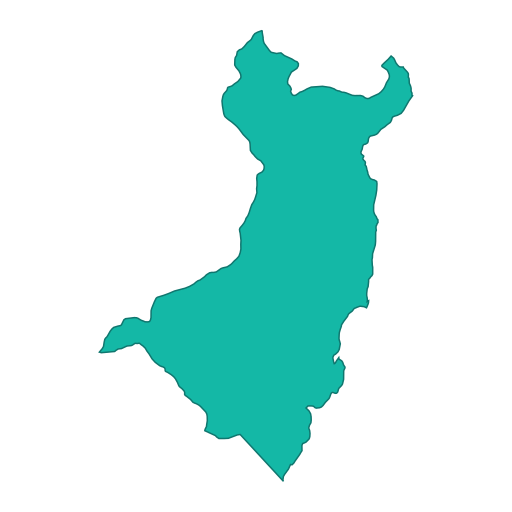 outline of Colón, Putumayo, Colombia
{"feature_id": "7082276B98098551259160", "entity_name": "Colón", "entity_type": "district", "adm_level": 2, "iso_a3": "COL", "parent_name": "Colombia", "parent_adm1": "Putumayo", "projection": "mercator", "projection_center": [-76.958, 1.225], "detail": "fine", "context": "isolated", "style": "filled", "palette": "teal", "viewbox_px": 512, "rotation_deg": 0, "n_neighbors": 0, "source": "geoboundaries", "source_scale": "gbopen_adm2", "svg_char_len": 5999}
<svg xmlns="http://www.w3.org/2000/svg" viewBox="0 0 512 512"><path d="M99.4,352.1L101.3,352.7L114.6,351.5L115.4,350.9L115.9,350.4L118.0,349.1L118.6,348.9L121.4,348.6L126.8,346.1L128.0,345.9L131.2,345.6L132.4,345.1L135.1,343.3L137.3,343.5L139.1,343.2L139.7,343.4L141.2,344.7L142.8,345.8L145.3,348.2L146.9,351.0L149.0,353.8L152.1,358.9L155.2,362.3L159.7,365.7L162.1,366.7L162.6,366.7L164.4,367.7L164.9,368.4L165.1,369.3L165.2,370.8L165.6,371.4L167.9,372.5L171.3,374.7L173.7,376.7L175.4,378.7L177.5,382.5L178.8,385.7L179.5,386.7L182.0,388.7L184.2,391.1L184.7,392.6L184.6,394.3L185.2,395.4L186.6,396.3L190.5,399.4L193.0,402.3L194.9,403.2L196.1,403.6L198.6,404.9L200.4,406.3L205.8,412.0L206.8,414.0L207.2,416.2L207.3,420.8L206.6,425.1L206.5,426.5L205.1,429.3L204.8,430.7L215.2,435.5L215.6,435.8L216.7,437.0L218.9,438.5L224.4,438.5L228.4,438.3L237.4,434.9L240.2,434.5L283.4,481.3L282.9,480.0L283.4,476.5L284.5,474.5L288.5,469.0L290.5,464.5L292.0,464.8L293.7,463.2L295.0,461.1L299.8,454.3L300.8,452.5L302.0,450.7L301.9,445.5L302.7,443.5L304.4,442.9L306.0,442.1L308.1,440.0L309.2,438.8L309.8,436.7L310.0,433.5L309.8,431.7L309.6,430.3L308.9,428.7L308.8,427.5L309.6,425.0L310.9,422.8L311.2,420.2L311.1,416.8L310.6,413.8L309.0,410.9L306.0,408.0L308.1,405.9L311.0,405.9L313.0,406.1L313.8,406.5L315.1,407.7L316.3,408.1L319.7,407.7L321.4,407.0L323.0,405.5L325.4,402.3L329.0,398.6L329.8,396.9L330.9,393.8L331.3,393.2L331.8,392.7L332.4,392.4L333.1,392.5L334.9,393.2L335.8,393.3L336.5,393.2L337.0,392.8L337.7,392.0L338.5,389.2L338.8,388.4L341.6,385.5L342.5,384.0L343.6,379.4L343.7,371.1L343.9,370.2L344.9,368.1L345.0,367.1L343.6,365.0L342.7,362.3L341.7,360.8L339.0,359.1L338.8,357.6L336.3,361.1L335.8,362.2L334.9,363.4L334.2,363.7L333.8,362.5L332.9,358.3L332.9,357.2L333.9,355.1L335.6,354.1L337.9,351.9L339.2,349.5L340.3,343.8L339.6,341.1L339.2,339.9L339.0,338.4L339.2,333.9L339.4,332.3L340.3,329.2L341.3,326.4L341.5,324.9L343.7,321.4L347.5,316.4L348.1,314.8L348.8,313.7L352.3,311.0L354.0,308.7L354.7,308.2L355.5,308.0L356.9,307.3L359.7,306.3L360.2,306.2L364.2,306.7L366.5,307.8L367.4,305.8L367.9,304.3L368.1,304.1L368.5,302.5L368.6,300.7L367.2,301.5L367.4,300.6L367.2,298.0L366.7,295.6L366.7,293.2L367.2,288.8L368.1,286.6L368.6,281.6L368.6,279.4L370.0,277.9L370.9,276.6L371.9,275.7L372.7,274.1L372.7,267.3L372.3,265.1L372.0,259.7L372.4,257.8L372.6,253.7L375.2,245.3L375.4,243.9L375.6,241.4L375.7,232.0L376.3,230.3L376.0,228.1L376.1,226.0L376.8,224.8L377.1,223.7L378.0,222.5L377.9,219.7L377.0,218.7L376.3,216.8L374.9,214.8L374.3,213.5L373.7,211.6L373.6,210.0L373.7,204.7L375.9,195.3L376.7,190.1L377.0,183.8L376.7,181.5L375.7,180.8L374.1,179.9L372.6,179.6L370.9,178.9L369.8,177.8L368.0,174.1L367.7,172.1L366.9,169.6L366.6,168.0L366.2,166.3L365.1,165.0L365.4,162.8L365.3,162.1L364.9,161.3L364.0,160.5L362.9,159.1L362.9,158.1L363.7,156.6L363.7,156.0L361.3,154.0L361.0,152.9L360.9,152.1L362.2,149.1L362.5,147.2L363.0,145.4L363.7,144.6L365.8,144.0L367.6,142.8L368.1,141.6L368.5,138.7L368.9,137.7L369.5,136.8L370.3,136.1L374.5,135.1L376.6,134.2L377.9,133.1L380.8,129.4L384.9,126.7L387.0,124.8L390.3,122.4L391.4,120.5L392.1,118.0L392.6,117.1L394.3,116.2L397.4,115.3L401.1,113.4L403.5,110.4L408.9,100.9L412.6,95.7L412.0,95.3L412.0,93.1L411.1,91.2L411.1,88.5L410.9,87.3L410.4,85.6L409.3,83.2L409.1,79.0L408.9,78.1L408.3,77.4L408.4,74.3L408.2,73.3L407.2,71.9L403.8,68.2L403.4,67.5L403.3,67.0L400.5,67.0L399.1,66.6L397.6,65.1L395.9,62.8L394.6,59.8L393.7,58.2L391.1,56.0L388.2,59.3L384.5,62.7L382.1,65.1L381.8,65.9L382.1,66.6L387.1,70.0L388.1,71.7L389.3,74.8L389.4,77.0L388.8,79.0L386.5,82.7L384.8,86.9L383.4,89.2L381.1,91.8L378.8,93.7L370.7,97.4L369.5,98.2L367.8,98.6L366.2,98.3L364.5,97.5L363.5,96.5L362.0,95.9L360.3,95.5L354.8,95.6L352.2,95.3L345.9,92.8L343.9,92.3L341.9,92.2L339.4,91.0L337.9,90.8L336.0,90.1L334.2,88.9L330.1,87.4L322.5,86.3L311.2,87.1L307.0,88.9L304.8,90.2L302.2,91.5L299.9,92.2L298.1,93.6L295.9,95.1L294.2,95.5L292.5,95.0L291.3,93.2L290.6,91.3L291.3,89.3L290.7,87.6L289.7,85.9L287.8,84.0L287.5,81.6L288.1,78.8L289.0,76.6L291.4,72.1L296.9,68.4L298.3,65.9L298.4,63.6L297.1,61.8L295.0,61.0L291.9,59.0L284.4,55.6L281.0,52.9L278.9,53.1L276.6,53.5L271.2,52.3L269.5,50.6L264.2,43.4L263.5,41.4L263.1,38.9L263.1,37.4L262.5,34.1L262.2,32.2L262.2,31.0L261.7,30.7L260.8,31.0L257.5,32.2L254.9,33.6L253.3,35.5L251.3,39.4L250.3,40.4L247.4,42.6L244.3,46.5L241.7,49.0L239.4,49.8L237.3,51.7L236.6,55.5L235.3,57.5L234.9,59.4L234.7,64.5L234.8,65.2L236.0,67.3L238.9,70.8L240.1,73.1L240.7,74.6L240.9,76.1L240.9,77.1L240.7,78.1L237.9,81.5L234.4,83.9L232.1,85.8L231.0,86.3L228.1,87.2L227.6,87.8L227.2,89.5L226.6,90.7L224.1,93.5L223.3,94.9L222.8,96.6L222.0,100.9L222.4,105.5L223.8,113.8L224.5,115.7L225.0,116.6L226.6,118.1L228.4,119.6L231.5,121.8L235.3,125.0L236.9,126.5L238.8,128.6L243.2,134.5L249.1,140.6L249.8,142.2L250.1,144.2L250.4,150.4L252.1,153.1L253.7,154.7L255.2,156.6L257.6,159.0L260.8,160.8L263.8,164.8L264.2,166.4L264.1,168.4L263.5,170.3L261.8,172.2L259.4,173.3L258.1,174.2L257.2,175.1L256.7,178.3L257.0,181.8L257.0,185.7L256.6,188.7L256.9,192.7L255.5,197.2L254.7,199.6L253.3,202.3L251.8,204.6L250.5,208.2L249.2,212.5L247.9,215.7L246.0,218.4L245.3,220.6L244.0,223.0L242.2,225.4L240.1,227.8L239.5,229.3L239.7,231.2L240.2,233.2L241.0,240.4L240.8,244.3L240.9,249.1L240.2,252.7L238.9,256.3L236.6,258.9L234.4,260.8L231.6,263.8L230.5,264.7L227.3,266.8L225.4,267.3L223.1,267.8L221.1,268.5L216.3,271.9L213.9,272.4L211.7,272.4L209.6,272.8L206.4,274.8L204.6,276.7L200.1,280.0L197.9,280.8L195.9,282.2L194.0,283.9L189.6,286.4L185.1,288.2L174.5,291.0L168.7,293.5L163.8,295.3L157.3,297.3L156.1,298.3L154.4,301.8L151.8,308.2L151.1,310.7L151.0,317.7L150.6,319.5L150.1,320.8L149.1,321.7L147.5,321.9L145.1,321.8L143.0,320.9L141.5,320.4L139.5,319.3L138.4,318.5L136.7,317.8L134.4,317.6L125.5,318.7L123.9,319.8L121.4,324.9L120.4,325.6L117.9,326.1L113.7,327.4L111.9,329.0L110.2,331.2L107.6,335.8L106.8,337.0L105.7,338.0L104.8,339.3L104.2,342.0L103.5,346.5L102.3,348.6L99.4,352.1Z" fill="#14b8a6" stroke="#0f766e" stroke-width="1.5"/></svg>